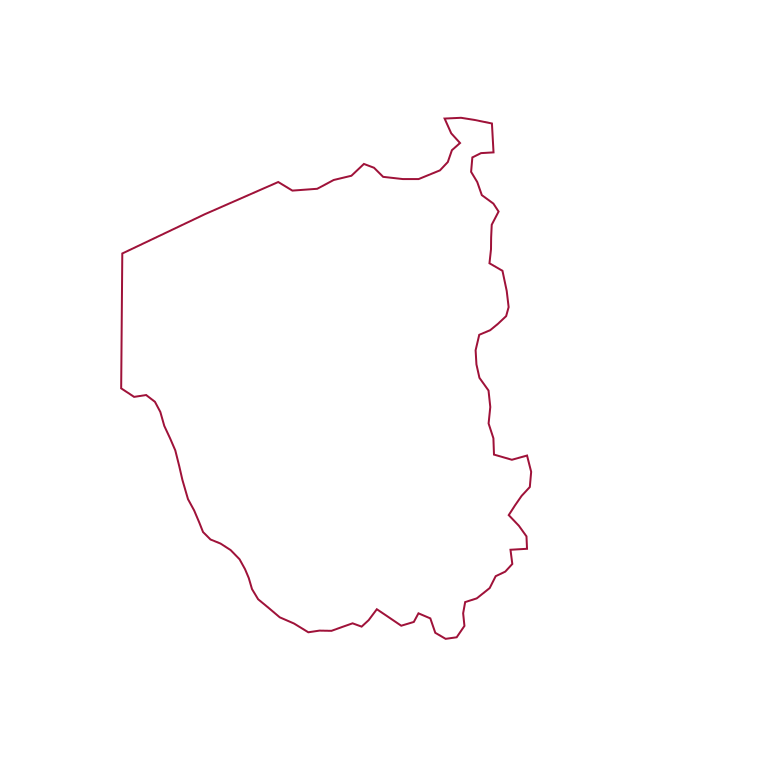 Pinhão, Sergipe, Brazil (Albers equal-area conic projection), rotated 237°
{"feature_id": "56859067B90079031840877", "entity_name": "Pinhão", "entity_type": "district", "adm_level": 2, "iso_a3": "BRA", "parent_name": "Brazil", "parent_adm1": "Sergipe", "projection": "albers", "projection_center": [-37.772, -10.576], "detail": "fine", "context": "isolated", "style": "outline", "palette": "rose", "viewbox_px": 768, "rotation_deg": 237, "n_neighbors": 0, "source": "geoboundaries", "source_scale": "gbopen_adm2", "svg_char_len": 1474}
<svg xmlns="http://www.w3.org/2000/svg" viewBox="0 0 768 768"><g transform="rotate(237 384 384)"><path d="M217.0,185.3L212.3,195.6L205.6,205.5L203.0,216.6L200.4,227.3L192.7,233.1L194.3,242.5L199.0,255.3L188.5,259.8L171.9,266.8L168.2,279.4L172.9,288.0L162.2,295.2L147.4,291.5L136.7,296.9L132.0,307.0L137.3,319.7L148.6,325.5L156.9,333.3L153.7,345.0L155.3,361.5L162.0,373.0L160.6,383.5L163.2,393.6L176.1,399.8L167.9,414.2L178.6,420.5L191.7,419.9L206.1,417.2L210.9,427.9L215.2,438.4L218.2,450.2L230.2,459.6L246.1,465.0L250.8,450.0L264.9,437.8L278.9,446.2L293.9,450.2L306.8,460.6L321.6,468.1L337.2,467.4L350.1,472.2L362.4,479.2L373.4,490.7L371.3,502.4L372.4,512.3L374.4,523.4L380.6,530.4L395.2,537.6L414.4,545.0L427.8,538.2L438.7,547.1L448.6,553.7L458.9,561.1L466.2,574.0L475.7,574.0L489.1,568.9L502.6,572.2L514.5,572.6L525.9,581.5L524.8,591.1L518.6,602.0L543.7,616.4L556.2,603.7L565.3,593.6L573.6,579.4L557.6,576.9L544.7,579.0L543.1,568.3L535.4,558.4L532.7,547.3L537.0,524.7L545.7,511.3L558.2,496.1L570.8,493.4L579.5,487.0L576.4,470.1L582.5,452.9L584.1,434.3L596.1,412.5L611.0,405.3L624.0,326.1L636.0,235.6L523.5,161.2L509.3,167.4L504.3,178.5L493.8,182.2L482.4,181.2L468.5,176.9L454.9,175.0L442.0,172.8L426.8,167.6L413.4,162.7L394.2,156.9L381.3,155.9L368.3,153.6L358.4,151.6L348.1,153.8L339.2,160.0L328.3,164.9L315.7,167.4L304.4,166.6L294.9,164.9L283.9,161.6L272.0,161.2L258.7,165.4L245.1,169.5L232.1,178.1L217.0,185.3Z" fill="none" stroke="#9f1239" stroke-width="2"/></g></svg>